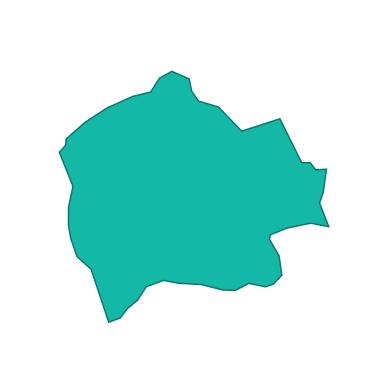 Humphreys, Tennessee, United States of America (Natural Earth projection), rotated 245°
{"feature_id": "52423323B79076745514263", "entity_name": "Humphreys", "entity_type": "district", "adm_level": 2, "iso_a3": "USA", "parent_name": "United States of America", "parent_adm1": "Tennessee", "projection": "natural_earth1", "projection_center": [-87.797, 36.024], "detail": "fine", "context": "isolated", "style": "filled", "palette": "teal", "viewbox_px": 384, "rotation_deg": 245, "n_neighbors": 0, "source": "geoboundaries", "source_scale": "gbopen_adm2", "svg_char_len": 728}
<svg xmlns="http://www.w3.org/2000/svg" viewBox="0 0 384 384"><g transform="rotate(245 192 192)"><path d="M293.3,100.4L287.7,97.3L284.1,88.6L247.4,86.5L230.4,73.7L214.3,66.1L201.3,62.5L181.9,60.5L164.5,67.9L109.2,61.5L108.2,73.9L113.6,84.0L117.0,96.9L125.5,110.6L123.9,128.9L114.8,141.6L104.3,161.2L90.1,178.6L84.5,189.7L85.2,204.9L75.1,218.4L74.1,226.8L78.7,238.3L97.3,243.9L116.3,242.2L120.2,244.9L119.1,263.0L113.6,286.4L102.8,301.3L128.0,302.9L136.3,310.9L155.8,323.5L159.9,313.4L168.6,311.5L172.1,303.8L221.2,302.6L226.2,262.7L257.8,251.9L271.7,236.3L283.4,234.3L295.6,237.3L309.9,224.7L308.9,210.6L300.1,196.8L303.7,178.7L304.1,150.3L300.3,124.3L293.3,100.4Z" fill="#14b8a6" stroke="#0f766e" stroke-width="1.5"/></g></svg>